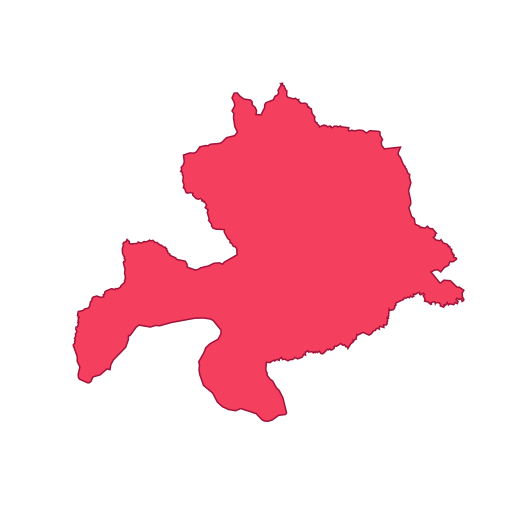 Lunte, Northern, Zambia, rotated 169°
{"feature_id": "96606910B27526943690880", "entity_name": "Lunte", "entity_type": "district", "adm_level": 2, "iso_a3": "ZMB", "parent_name": "Zambia", "parent_adm1": "Northern", "projection": "robinson", "projection_center": [30.622, -9.828], "detail": "fine", "context": "isolated", "style": "filled", "palette": "rose", "viewbox_px": 512, "rotation_deg": 169, "n_neighbors": 0, "source": "geoboundaries", "source_scale": "gbopen_adm2", "svg_char_len": 6065}
<svg xmlns="http://www.w3.org/2000/svg" viewBox="0 0 512 512"><g transform="rotate(169 256 256)"><path d="M441.0,235.4L442.6,231.7L442.0,231.2L442.3,229.5L441.5,229.5L443.0,226.7L442.7,225.1L443.7,224.8L443.2,223.0L444.8,220.5L446.3,220.5L446.8,218.6L446.2,215.8L448.2,213.8L448.3,211.5L449.9,209.6L449.4,208.3L450.4,206.7L450.2,205.5L452.5,203.4L450.7,191.6L451.6,186.6L450.0,180.7L453.1,173.9L453.5,170.7L452.8,168.8L445.4,163.6L443.8,163.4L441.9,164.4L439.1,168.4L431.6,169.1L423.9,173.6L421.0,172.3L419.3,176.9L416.0,181.1L401.3,191.3L397.3,198.2L396.4,202.1L394.9,201.9L387.2,209.0L384.0,210.5L373.2,206.4L368.1,207.0L363.8,205.9L351.1,206.9L327.5,206.6L319.1,205.1L312.7,202.8L310.3,200.9L304.4,189.8L305.4,186.1L309.0,181.6L318.2,178.5L322.9,175.4L325.9,170.6L332.4,163.1L332.3,159.8L333.7,154.8L333.8,150.1L332.2,139.0L324.7,129.8L321.8,120.0L317.7,114.5L312.3,110.6L305.5,108.0L300.3,109.2L291.3,104.3L285.8,101.1L281.3,94.0L279.2,92.4L275.6,91.5L271.4,91.9L264.2,95.3L257.4,94.8L255.9,96.1L256.7,111.7L258.9,119.4L261.3,123.2L263.5,130.0L265.9,132.7L267.9,137.0L267.4,138.6L268.2,142.1L266.1,149.7L262.5,148.7L259.7,150.0L257.7,150.2L257.6,149.4L255.3,150.4L253.1,149.2L252.8,150.4L250.4,151.6L249.7,149.2L247.7,149.5L244.6,147.0L242.4,147.8L239.8,147.4L236.9,148.9L234.8,147.1L230.1,147.8L227.7,150.4L226.3,149.3L225.9,152.1L223.1,153.1L222.8,151.7L219.4,151.4L218.2,150.0L217.2,150.9L216.5,149.8L215.3,150.7L214.3,149.5L212.0,150.5L211.0,148.0L209.0,147.2L203.6,150.8L202.7,150.0L201.2,150.7L200.5,149.4L199.3,149.4L196.9,150.5L196.7,152.0L195.8,152.5L194.1,152.0L189.5,153.9L187.8,151.8L186.1,152.0L185.1,149.8L183.7,149.3L183.4,147.7L179.9,151.6L176.7,153.3L176.8,154.7L176.0,154.2L174.9,155.3L173.7,155.2L171.9,159.7L170.9,159.0L165.4,160.6L160.2,156.8L157.9,157.5L154.8,160.1L152.8,160.2L152.2,161.4L150.3,161.8L148.9,160.7L149.0,162.0L147.8,163.3L144.1,161.4L143.8,164.1L141.5,163.4L140.1,164.5L140.2,166.2L139.2,166.9L139.1,169.2L138.0,169.5L138.8,170.7L137.5,171.0L135.5,178.5L134.7,177.0L131.4,177.1L129.6,178.8L129.4,180.5L128.0,181.0L127.9,183.1L119.5,185.2L118.7,186.5L116.7,186.0L114.8,186.7L113.4,185.8L111.9,187.2L110.5,185.8L108.7,186.4L108.8,188.6L106.7,187.9L104.5,189.0L102.3,188.9L102.5,187.0L101.8,186.5L98.7,187.4L97.9,186.2L99.4,185.2L98.3,181.3L99.2,179.6L96.2,178.2L93.6,175.1L92.9,175.3L92.9,176.9L89.8,177.2L89.1,176.9L89.1,175.0L88.5,175.8L85.5,175.3L84.2,173.8L84.6,171.8L81.6,170.0L80.6,170.8L80.8,172.8L80.3,171.7L79.1,171.6L77.2,173.8L76.5,171.2L75.0,172.1L71.1,170.5L69.2,172.3L67.5,170.8L66.4,172.5L67.9,175.2L66.6,176.3L65.1,174.4L62.9,175.1L62.3,172.0L60.8,172.7L60.2,173.9L61.1,176.2L60.8,180.2L58.5,182.7L62.4,186.6L64.7,187.1L69.9,194.7L76.3,196.4L79.6,194.4L80.7,194.6L87.3,206.9L83.5,208.0L80.1,207.8L77.7,205.1L73.5,208.7L68.7,210.2L66.7,213.6L63.8,212.7L59.7,214.6L59.7,215.7L62.3,217.2L61.3,219.1L62.7,220.1L62.2,220.7L63.4,223.5L62.5,225.1L63.9,226.1L64.0,228.2L65.5,228.5L65.1,229.4L66.4,231.3L69.9,233.1L71.2,236.7L72.7,235.9L76.3,237.4L78.3,240.4L76.0,241.8L75.7,243.8L74.6,243.9L77.5,249.1L80.7,250.0L81.9,252.5L85.1,251.1L88.4,252.8L89.3,252.5L89.7,254.1L93.7,256.8L93.5,262.5L95.7,264.9L96.8,274.3L94.3,277.2L93.6,280.7L93.8,291.0L90.0,298.3L90.4,303.8L89.6,306.7L91.3,308.8L91.7,312.5L92.8,314.3L92.6,315.6L93.9,317.5L95.5,325.3L97.0,328.3L96.7,330.4L93.3,335.3L109.6,336.7L111.6,340.7L111.3,344.0L109.5,346.2L111.2,350.8L110.6,354.0L111.9,355.0L120.4,357.3L124.1,355.6L127.3,358.9L131.1,360.0L135.8,360.0L137.8,361.2L141.0,360.9L141.3,362.0L140.4,364.2L147.9,366.6L148.2,367.5L151.0,367.0L151.7,368.0L154.5,368.5L156.4,367.3L157.9,368.0L157.6,368.7L158.5,369.5L161.1,369.1L162.5,370.9L163.8,370.7L164.2,371.6L169.2,370.6L169.3,372.1L171.0,374.4L170.7,375.2L171.9,375.7L172.4,377.3L172.4,380.1L171.6,381.1L173.7,385.1L173.7,390.1L176.5,392.0L175.9,392.6L176.9,393.4L176.9,395.3L178.5,396.6L182.8,397.3L184.6,400.2L184.2,401.4L185.5,401.3L187.3,403.4L189.0,403.0L194.3,405.6L195.3,407.5L194.2,412.3L195.2,413.4L196.0,417.6L197.1,418.2L197.0,420.5L199.0,420.5L198.4,419.4L202.7,414.5L202.7,411.5L204.9,409.5L206.8,409.3L209.1,406.0L217.2,404.5L218.7,402.6L219.2,400.0L224.1,393.6L229.0,394.9L227.7,398.5L228.5,402.1L230.8,405.0L230.4,408.4L231.6,410.2L238.0,412.4L241.4,416.2L243.2,419.6L246.4,420.0L249.4,415.7L248.1,411.3L248.2,407.5L251.9,403.0L250.5,400.0L251.7,396.2L252.1,387.3L250.6,381.1L254.0,378.2L262.3,377.8L268.1,373.9L270.7,373.5L279.5,374.4L282.4,373.3L284.0,374.0L290.3,373.9L294.7,369.5L297.1,368.8L301.3,369.8L308.0,368.9L308.4,362.3L309.8,359.4L312.5,357.3L312.6,354.8L313.9,353.4L312.3,352.2L312.8,350.1L312.1,348.5L313.6,343.2L313.0,339.6L314.3,336.8L313.1,335.7L312.7,332.1L311.8,330.9L308.1,330.7L306.0,329.7L306.5,327.9L303.7,323.7L301.5,322.7L299.5,323.1L298.1,321.3L298.7,320.5L296.4,319.6L296.8,319.0L295.9,318.6L294.8,315.2L296.7,313.2L294.2,310.4L295.5,308.3L294.9,301.2L295.8,300.1L293.6,295.9L293.9,294.0L292.8,291.5L290.3,290.1L282.0,287.9L282.6,285.8L280.5,278.6L278.6,276.5L278.9,273.9L277.7,273.6L276.3,269.7L274.8,269.3L273.5,266.9L274.3,260.8L288.4,256.0L290.4,254.3L293.0,256.2L298.7,256.9L304.5,255.3L312.6,255.0L315.2,253.9L318.3,253.8L325.6,258.2L325.3,261.2L326.4,264.4L334.7,267.9L335.2,269.5L340.3,273.0L340.2,274.2L341.9,275.9L341.9,278.0L342.7,278.7L342.3,280.3L343.2,280.8L343.2,281.9L344.9,282.3L347.1,284.9L347.9,284.7L350.4,288.0L352.7,288.7L354.1,291.0L356.6,291.0L357.5,291.9L360.5,290.8L363.1,291.5L366.3,290.5L369.0,292.2L370.1,291.0L376.6,291.7L378.0,292.6L377.5,294.2L379.4,296.8L381.0,294.8L383.1,294.6L384.2,293.4L384.2,291.4L385.8,288.8L386.5,284.4L385.8,281.1L385.1,280.5L385.9,278.7L385.0,277.4L385.9,275.6L386.7,276.0L387.5,274.9L387.1,267.7L388.4,263.9L388.1,261.2L388.7,259.4L388.2,258.8L389.8,257.0L389.7,255.4L394.6,252.3L394.8,251.3L397.7,250.3L400.0,250.8L400.9,250.0L404.1,251.5L409.9,250.3L411.1,249.7L412.1,247.4L413.2,247.2L413.3,245.0L416.2,245.0L420.0,247.1L423.6,246.8L425.1,245.6L425.5,243.6L427.2,242.7L429.1,238.1L431.0,236.8L434.4,236.7L436.2,235.5L441.0,235.4Z" fill="#f43f5e" stroke="#9f1239" stroke-width="1.5"/></g></svg>